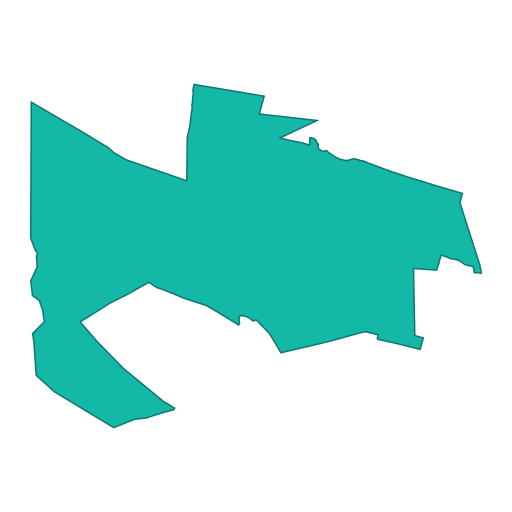 outline of San Pablo Huixtepec, Oaxaca, Mexico
{"feature_id": "50627088B78539610756075", "entity_name": "San Pablo Huixtepec", "entity_type": "district", "adm_level": 2, "iso_a3": "MEX", "parent_name": "Mexico", "parent_adm1": "Oaxaca", "projection": "mercator", "projection_center": [-96.794, 16.815], "detail": "fine", "context": "isolated", "style": "filled", "palette": "teal", "viewbox_px": 512, "rotation_deg": 0, "n_neighbors": 0, "source": "geoboundaries", "source_scale": "gbopen_adm2", "svg_char_len": 2681}
<svg xmlns="http://www.w3.org/2000/svg" viewBox="0 0 512 512"><path d="M33.9,341.9L36.2,375.4L54.7,392.0L75.4,404.5L113.7,427.6L134.2,419.4L146.6,417.9L150.6,416.5L161.6,413.0L173.9,409.7L174.7,408.1L173.6,407.7L173.0,407.4L172.6,407.0L168.3,404.2L166.9,403.3L166.5,403.0L164.5,402.3L123.7,368.7L103.0,347.6L96.8,341.2L80.2,321.9L109.9,303.2L127.4,294.4L148.8,282.3L157.0,287.7L160.8,288.8L174.9,294.4L183.7,298.2L206.1,305.4L213.9,309.9L224.3,316.2L225.4,316.9L230.2,319.8L238.4,324.9L238.5,325.0L239.6,323.3L239.0,319.6L239.1,317.4L240.5,315.5L245.3,316.2L249.7,318.1L253.2,321.1L256.2,319.8L269.5,333.6L281.0,352.8L284.9,351.8L320.5,343.5L335.6,339.7L359.0,333.1L365.2,331.7L377.9,334.7L377.3,338.7L377.8,339.3L395.8,343.3L420.2,349.4L423.3,337.9L414.8,335.6L413.5,268.5L420.6,269.0L436.6,270.1L439.3,261.8L439.3,261.1L441.3,255.0L446.3,256.8L450.9,258.8L454.9,259.3L457.5,260.0L459.4,260.8L461.3,261.9L463.3,263.4L464.7,264.5L465.5,264.8L466.1,264.7L467.8,265.5L470.8,266.0L472.7,265.8L473.7,269.0L474.3,272.6L481.3,273.1L479.8,264.9L461.8,208.6L460.0,202.9L462.4,193.4L452.6,190.6L435.8,185.7L424.2,182.0L422.6,181.5L411.8,178.3L404.2,175.8L390.8,171.4L385.3,169.4L365.2,161.9L364.5,161.7L365.0,161.6L363.3,161.0L361.3,160.6L359.1,160.4L359.1,160.0L356.4,159.3L354.6,158.7L352.8,158.9L352.1,159.1L350.8,159.5L347.7,160.4L345.9,160.5L344.5,160.3L344.3,160.3L343.9,160.2L343.0,159.9L341.9,159.6L340.1,159.4L338.6,158.5L337.5,158.0L336.8,157.7L336.2,157.4L335.6,157.2L334.5,156.4L333.3,155.6L332.2,154.9L331.3,154.3L330.1,153.5L328.9,152.7L328.2,152.2L327.8,151.9L327.5,151.4L327.3,151.1L327.0,150.9L326.6,150.7L326.3,150.7L325.4,150.8L324.0,151.2L323.6,151.3L322.9,151.5L322.6,151.3L322.5,151.2L322.3,151.1L321.6,150.7L320.7,150.2L319.7,149.6L319.3,149.3L318.7,148.9L318.5,148.5L318.3,148.2L318.3,147.9L318.2,147.7L318.2,147.3L318.2,147.2L318.2,146.9L318.3,145.8L318.3,144.8L318.2,144.1L317.8,143.6L316.4,141.8L316.2,141.2L316.1,140.5L315.8,140.1L315.2,139.5L314.8,139.1L314.2,138.8L312.9,138.3L311.8,137.9L310.9,137.7L309.8,137.8L309.8,138.2L309.8,139.3L309.6,145.2L302.4,142.9L300.2,142.3L294.2,141.3L291.0,140.6L286.5,139.7L280.0,137.9L317.0,120.5L259.3,114.0L264.2,96.2L263.7,96.1L260.7,95.6L259.4,95.4L223.8,89.4L219.7,88.7L209.0,87.0L194.1,84.4L192.9,89.9L193.3,92.8L192.7,97.9L192.4,103.1L191.7,105.1L192.2,105.8L192.0,108.7L192.0,109.3L191.7,111.1L191.6,111.5L189.9,125.1L189.6,127.0L187.2,137.8L187.2,144.6L186.8,180.8L126.4,159.9L114.5,153.1L108.1,147.5L82.2,131.9L31.3,102.2L30.7,238.1L35.3,250.3L37.3,253.1L36.5,256.9L37.2,266.9L30.8,280.7L32.5,295.6L39.3,300.5L42.6,310.3L44.4,321.6L32.6,333.5L33.9,341.9Z" fill="#14b8a6" stroke="#0f766e" stroke-width="1.5"/></svg>